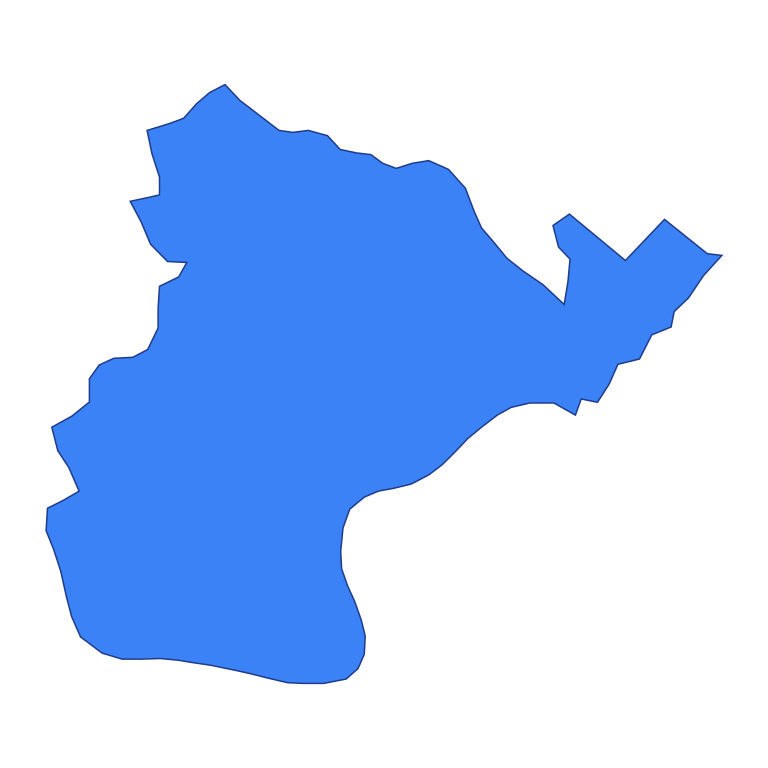 Paial, Santa Catarina, Brazil
{"feature_id": "56859067B54701998113386", "entity_name": "Paial", "entity_type": "district", "adm_level": 2, "iso_a3": "BRA", "parent_name": "Brazil", "parent_adm1": "Santa Catarina", "projection": "robinson", "projection_center": [-52.484, -27.213], "detail": "fine", "context": "isolated", "style": "filled", "palette": "blue", "viewbox_px": 768, "rotation_deg": 0, "n_neighbors": 0, "source": "geoboundaries", "source_scale": "gbopen_adm2", "svg_char_len": 1529}
<svg xmlns="http://www.w3.org/2000/svg" viewBox="0 0 768 768"><path d="M46.1,530.7L53.5,548.9L60.7,571.1L66.5,597.0L71.7,616.8L80.6,637.0L102.1,653.1L121.9,659.1L142.0,659.1L160.4,658.5L177.9,660.2L194.0,662.8L210.4,665.2L231.9,669.6L248.9,673.3L268.7,678.3L287.6,682.7L303.4,683.4L323.8,683.4L346.2,679.0L358.0,668.6L364.3,654.1L365.2,636.0L361.4,620.5L354.8,601.7L347.6,585.9L341.6,568.7L340.7,551.2L343.0,528.0L349.7,509.2L364.3,497.1L378.4,491.1L393.3,488.4L411.4,484.0L429.2,474.6L442.4,464.5L455.6,451.4L467.7,438.6L481.5,427.2L497.3,415.1L511.1,407.4L529.7,403.0L553.9,403.0L575.4,415.1L581.2,399.0L597.5,402.3L609.3,383.8L617.9,364.3L639.5,359.0L651.8,334.8L671.1,327.0L674.2,311.6L688.6,297.8L703.5,275.6L721.9,255.4L707.3,253.7L687.2,237.6L664.5,219.4L625.4,260.5L569.4,214.1L553.0,225.5L558.5,247.0L570.0,259.1L568.0,281.3L564.2,304.5L543.0,284.7L522.9,270.9L506.8,258.1L494.1,242.6L481.5,227.9L474.3,211.7L465.4,188.2L448.5,169.4L428.7,160.6L412.3,163.3L396.2,168.4L382.7,163.3L370.9,154.6L356.3,152.9L340.2,149.5L327.5,135.7L308.3,130.4L292.8,132.4L279.0,130.4L239.9,100.4L225.0,84.6L209.8,92.4L196.5,103.8L183.6,118.3L169.3,123.6L147.1,130.4L152.0,153.9L159.5,177.1L159.5,194.9L146.3,197.9L130.2,201.3L141.1,221.8L150.6,244.3L167.5,261.5L186.8,262.5L178.7,276.9L159.5,286.3L158.1,308.2L158.1,328.0L147.7,349.5L132.8,357.3L113.8,358.3L99.2,365.0L89.4,378.8L89.4,402.0L71.9,416.1L51.8,427.2L57.8,450.7L68.8,467.5L79.1,491.1L63.0,500.5L47.5,508.2L46.1,530.7Z" fill="#3b82f6" stroke="#1e3a8a" stroke-width="1.5"/></svg>